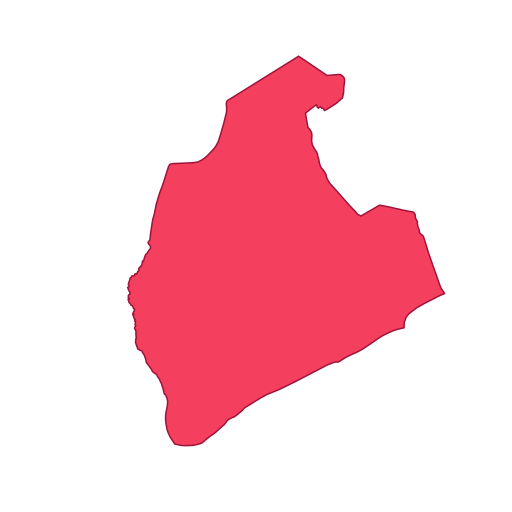 the district of Non Suwan, Buri Ram, Thailand, rotated 325°
{"feature_id": "78962969B59814899315802", "entity_name": "Non Suwan", "entity_type": "district", "adm_level": 2, "iso_a3": "THA", "parent_name": "Thailand", "parent_adm1": "Buri Ram", "projection": "mercator", "projection_center": [102.532, 14.565], "detail": "fine", "context": "isolated", "style": "filled", "palette": "rose", "viewbox_px": 512, "rotation_deg": 325, "n_neighbors": 0, "source": "geoboundaries", "source_scale": "gbopen_adm2", "svg_char_len": 5972}
<svg xmlns="http://www.w3.org/2000/svg" viewBox="0 0 512 512"><g transform="rotate(325 256 256)"><path d="M321.8,112.3L320.7,112.7L319.9,113.3L318.9,114.3L317.6,116.7L314.6,121.0L306.3,128.3L296.3,136.4L290.5,140.8L285.6,143.2L282.1,144.2L276.0,145.5L271.0,146.3L267.0,146.3L262.3,145.7L257.3,143.1L244.1,134.7L243.6,134.4L242.1,133.3L238.9,131.7L238.3,131.6L237.6,131.6L235.6,132.6L220.0,144.5L212.9,149.3L203.2,157.0L202.4,157.9L196.4,163.6L192.8,166.5L190.6,168.6L181.9,177.8L178.6,181.7L178.4,181.8L177.5,182.2L177.0,182.3L176.6,182.4L176.2,182.5L175.6,182.8L175.3,183.1L175.1,183.5L175.0,184.0L175.0,184.9L175.2,186.0L175.1,186.5L174.8,187.9L174.3,189.0L174.1,189.2L173.9,189.3L171.6,189.9L168.1,191.4L167.2,191.3L166.8,191.4L165.7,192.0L165.0,192.4L161.1,195.4L160.9,195.5L160.5,195.1L160.4,195.1L160.1,195.1L159.5,195.5L159.3,195.7L159.1,196.4L157.9,197.2L156.9,198.2L156.6,198.2L155.6,198.2L155.4,198.2L154.9,198.5L154.5,198.7L153.4,198.8L153.0,198.9L152.4,199.5L151.8,200.7L151.7,200.8L151.3,200.8L150.7,200.8L150.4,200.8L149.2,201.4L148.8,201.9L148.0,202.1L147.9,202.1L147.6,202.0L147.4,201.6L147.2,201.4L146.8,201.3L146.6,201.3L146.2,201.5L145.6,202.2L145.4,202.3L145.2,202.3L144.6,202.1L144.0,201.9L143.1,201.2L142.8,201.1L142.4,201.2L141.9,201.7L141.3,202.0L141.0,202.0L140.4,201.9L140.2,201.9L139.8,202.2L139.6,202.6L138.7,203.2L136.8,204.7L136.1,205.0L135.1,206.1L135.0,206.3L135.1,206.7L135.0,206.9L134.8,207.9L134.7,208.1L134.3,208.2L134.0,208.2L133.8,208.2L133.1,208.1L132.8,208.2L132.7,208.4L132.7,209.4L132.3,209.9L132.2,210.1L132.0,211.7L131.9,212.2L131.8,213.3L131.7,213.6L131.3,214.1L131.1,214.8L130.9,215.0L130.6,215.0L129.9,214.8L129.0,215.1L128.7,215.2L128.3,215.9L127.5,216.8L127.5,217.0L127.7,217.8L127.8,218.3L127.7,218.5L127.4,218.7L127.2,218.6L126.9,218.2L126.7,218.0L126.3,218.2L126.2,218.4L126.3,218.8L126.3,219.0L126.0,219.6L125.8,220.3L125.3,221.2L125.3,221.6L125.6,222.4L125.7,223.3L125.4,223.7L125.3,224.2L125.4,224.4L125.9,225.1L126.0,225.3L126.1,227.1L126.1,227.3L125.6,228.1L125.5,228.4L125.7,228.9L126.0,229.2L126.2,229.6L126.2,229.8L125.6,230.1L125.2,230.8L124.4,231.3L124.0,231.3L123.8,231.4L123.5,231.7L121.9,232.6L121.7,232.8L121.7,233.0L122.2,233.4L122.3,233.6L122.3,233.8L122.2,234.0L121.3,234.1L121.1,234.2L121.1,234.5L121.3,235.0L120.8,236.0L120.7,236.5L120.4,237.1L120.3,237.6L120.3,238.1L120.7,238.6L120.8,238.8L120.7,239.1L120.5,239.3L119.5,239.5L119.4,239.6L119.3,239.9L119.3,240.1L119.4,240.7L119.4,240.9L119.1,241.3L118.9,241.6L118.1,242.3L117.8,242.5L117.6,242.7L117.5,243.1L117.6,243.7L117.6,244.0L116.6,244.5L115.7,245.0L115.1,245.5L114.9,246.4L115.0,247.4L115.0,247.5L114.6,248.0L114.6,248.6L113.4,250.4L113.0,250.6L112.8,251.6L112.7,251.8L112.2,252.0L111.9,252.6L111.5,253.1L111.5,253.8L111.4,254.1L110.9,254.4L110.4,254.7L109.8,255.2L109.6,255.4L109.5,255.9L109.3,256.1L108.8,256.4L108.3,256.9L108.1,257.5L107.6,257.9L107.6,258.1L107.6,258.7L107.2,259.2L107.2,259.7L106.9,260.2L106.9,260.6L107.0,261.0L106.6,261.5L106.4,262.0L106.5,262.8L105.8,264.2L105.9,264.6L106.0,264.9L106.3,265.2L106.4,265.7L106.9,267.0L107.5,267.3L108.1,268.4L108.2,268.6L108.2,269.0L107.7,269.6L107.6,269.8L107.6,270.0L107.8,270.7L107.6,271.0L107.6,271.5L107.5,272.1L107.6,272.3L107.8,272.7L107.8,272.9L107.2,274.3L106.8,276.1L105.9,278.6L105.0,280.5L105.2,281.9L105.2,282.9L105.3,284.9L105.2,286.4L105.3,288.2L105.3,288.9L105.0,290.8L105.0,291.2L105.3,292.7L105.8,294.2L106.4,295.2L106.4,295.7L106.5,297.0L106.2,298.2L106.2,298.9L106.2,301.4L105.7,303.7L105.5,305.1L105.4,306.3L105.3,306.6L104.6,308.4L104.2,310.1L102.1,315.6L101.9,316.2L101.8,316.8L102.3,317.4L102.4,317.6L102.4,317.8L102.2,318.5L101.4,321.6L100.7,323.4L99.6,325.3L99.0,325.9L97.3,328.0L97.0,328.3L95.0,330.2L92.2,332.9L90.7,334.5L90.1,335.3L88.0,338.2L85.9,342.1L83.7,347.0L82.9,349.5L82.5,351.5L81.8,355.4L81.6,363.4L86.3,368.5L89.3,370.8L92.8,373.1L96.0,375.1L100.3,376.9L102.9,377.8L105.2,378.2L108.4,377.8L115.2,377.3L117.9,377.4L122.3,377.2L130.8,376.1L133.5,375.9L133.8,375.8L137.5,374.5L139.7,374.2L140.2,374.2L143.2,374.6L144.0,374.8L145.5,375.2L146.3,375.3L148.4,375.3L151.0,375.1L152.7,374.9L156.2,374.7L158.7,373.9L161.9,373.9L164.6,374.2L172.0,374.5L178.8,375.0L184.9,375.6L191.2,377.0L198.0,378.6L216.4,381.5L252.2,386.2L259.0,387.9L260.8,388.7L262.7,390.1L271.1,390.5L273.8,390.9L278.1,391.6L281.5,392.3L284.5,392.8L289.7,393.4L304.3,393.7L306.2,393.6L310.1,393.7L313.9,393.9L318.1,394.5L322.5,395.3L325.8,396.0L329.2,397.0L336.1,399.7L339.4,395.4L343.8,392.3L348.1,391.0L358.1,390.6L367.2,391.5L384.2,393.9L388.9,394.9L389.1,392.1L389.1,388.8L389.7,385.9L398.3,355.2L399.0,352.7L401.5,345.1L404.3,336.2L404.4,335.6L403.4,331.6L403.4,331.2L403.5,330.6L404.8,327.7L405.1,325.9L406.3,323.0L407.0,321.4L407.4,321.2L407.7,320.9L407.8,320.6L408.1,319.2L408.3,317.2L408.6,316.1L409.0,315.2L409.6,314.3L410.0,313.6L410.2,312.9L410.3,312.1L410.1,310.3L403.0,303.0L392.8,291.8L387.8,286.6L386.3,285.2L364.9,283.4L363.3,280.5L362.9,276.4L362.7,275.5L361.5,267.7L359.2,247.2L358.2,239.0L358.3,236.5L358.6,233.6L358.8,232.8L359.3,231.0L360.2,229.0L360.2,228.8L360.3,227.4L360.4,225.7L360.1,221.2L360.3,219.1L361.2,216.4L362.8,212.9L363.2,211.9L363.4,211.4L363.6,210.6L363.8,209.8L365.0,207.2L365.3,205.0L365.3,202.5L365.7,198.6L365.8,198.0L366.0,197.2L367.0,194.8L367.5,193.9L367.9,193.2L369.2,191.5L370.7,189.7L372.1,187.3L372.6,185.0L372.6,184.0L372.6,182.7L372.5,181.9L372.5,181.2L372.3,180.4L378.4,167.4L388.4,166.8L392.2,166.8L392.0,168.0L391.5,169.3L391.5,169.6L392.0,170.6L394.4,170.6L394.5,170.7L394.6,172.2L394.6,172.5L394.8,172.8L395.7,173.6L395.7,174.4L395.5,175.6L395.5,175.8L395.7,176.2L397.2,176.4L399.3,176.6L405.8,176.9L408.7,177.0L410.7,176.9L414.1,176.5L414.9,176.3L416.0,176.2L417.3,176.3L420.8,173.1L421.7,172.1L424.2,168.8L425.2,167.6L427.8,164.8L429.4,162.8L430.1,161.3L430.4,160.1L430.2,158.7L429.8,157.3L429.3,155.9L428.2,154.9L425.7,153.5L417.7,148.8L405.5,116.8L321.8,112.3Z" fill="#f43f5e" stroke="#9f1239" stroke-width="1.5"/></g></svg>